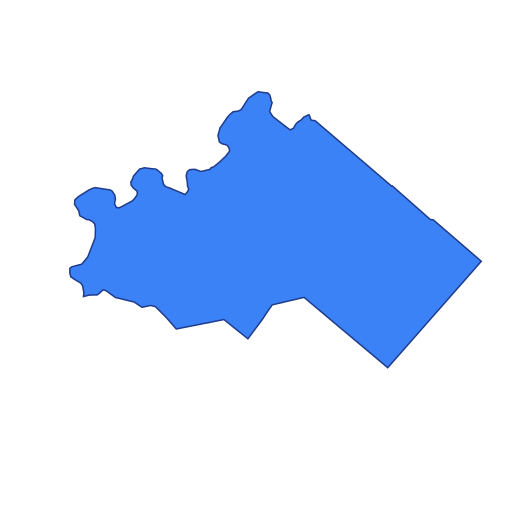 Foni Jarrol, West Coast, Gambia (Albers equal-area conic projection), rotated 311°
{"feature_id": "56634734B7386392108855", "entity_name": "Foni Jarrol", "entity_type": "district", "adm_level": 2, "iso_a3": "GMB", "parent_name": "Gambia", "parent_adm1": "West Coast", "projection": "albers", "projection_center": [-15.848, 13.224], "detail": "fine", "context": "isolated", "style": "filled", "palette": "blue", "viewbox_px": 512, "rotation_deg": 311, "n_neighbors": 0, "source": "geoboundaries", "source_scale": "gbopen_adm2", "svg_char_len": 2058}
<svg xmlns="http://www.w3.org/2000/svg" viewBox="0 0 512 512"><g transform="rotate(311 256 256)"><path d="M258.1,428.7L359.7,429.3L372.3,429.4L399.8,429.5L399.6,366.2L397.9,363.5L398.3,312.8L397.7,312.4L396.9,211.8L394.7,208.5L397.4,203.5L396.9,203.0L392.1,200.9L388.6,200.9L384.2,199.6L381.2,199.6L378.5,200.1L377.3,200.5L373.7,199.2L373.3,195.7L372.4,179.4L372.3,177.2L373.2,174.1L374.1,171.4L382.4,167.5L383.2,165.3L384.6,163.9L386.7,160.4L386.7,157.8L386.3,157.3L383.6,153.4L381.4,149.8L378.8,149.0L370.1,146.8L358.2,148.6L356.1,148.6L353.4,147.3L350.1,144.2L349.9,144.1L345.1,143.4L341.6,143.4L334.2,144.3L331.1,144.7L329.3,144.7L321.9,148.3L318.0,153.6L318.4,156.7L320.6,161.1L320.2,163.7L319.3,165.5L318.0,167.2L311.0,167.7L308.4,167.3L307.7,167.3L302.7,166.8L295.7,165.6L293.1,164.2L290.9,164.2L285.8,160.6L284.8,159.9L283.4,158.5L281.7,153.7L280.8,152.4L279.5,151.1L277.7,149.3L275.5,148.9L274.2,148.9L270.7,150.7L266.8,155.5L263.7,158.6L262.4,161.3L259.8,162.1L257.2,162.2L255.9,162.2L252.3,151.2L250.6,145.9L249.2,142.8L249.2,140.6L249.7,138.8L253.6,133.5L255.3,133.1L256.2,130.5L256.2,128.2L256.2,125.2L255.7,123.0L254.9,122.1L249.2,113.7L247.8,112.9L246.5,112.0L245.2,111.1L237.9,111.1L236.0,111.1L231.2,112.9L229.9,112.9L227.7,115.1L226.8,118.7L226.9,123.9L224.2,126.2L219.9,126.6L216.8,126.6L212.8,125.1L204.1,121.8L202.3,120.9L201.0,118.7L202.8,114.8L206.7,112.6L209.3,109.5L210.6,104.8L210.2,102.6L202.2,89.9L199.6,88.1L195.7,86.4L185.3,83.3L183.8,82.9L179.5,82.5L176.0,85.1L173.8,92.6L170.8,96.6L172.5,104.5L173.9,106.3L174.7,110.2L174.3,113.3L171.3,116.9L164.3,122.6L145.9,129.3L144.6,129.7L138.0,129.8L135.4,129.8L127.1,124.1L124.5,123.6L121.0,126.7L118.8,129.8L119.2,133.8L120.6,141.7L119.7,144.8L115.4,150.1L112.2,152.4L117.1,155.8L122.6,161.8L130.3,162.9L131.4,165.6L132.5,177.2L141.3,194.2L142.5,203.6L149.6,209.0L151.8,213.4L150.7,228.9L149.0,240.9L148.6,243.7L187.0,273.5L188.2,304.2L212.3,302.4L221.1,301.2L229.8,300.3L256.3,319.4L256.9,357.2L257.7,402.9L258.1,428.7Z" fill="#3b82f6" stroke="#1e3a8a" stroke-width="1.5"/></g></svg>